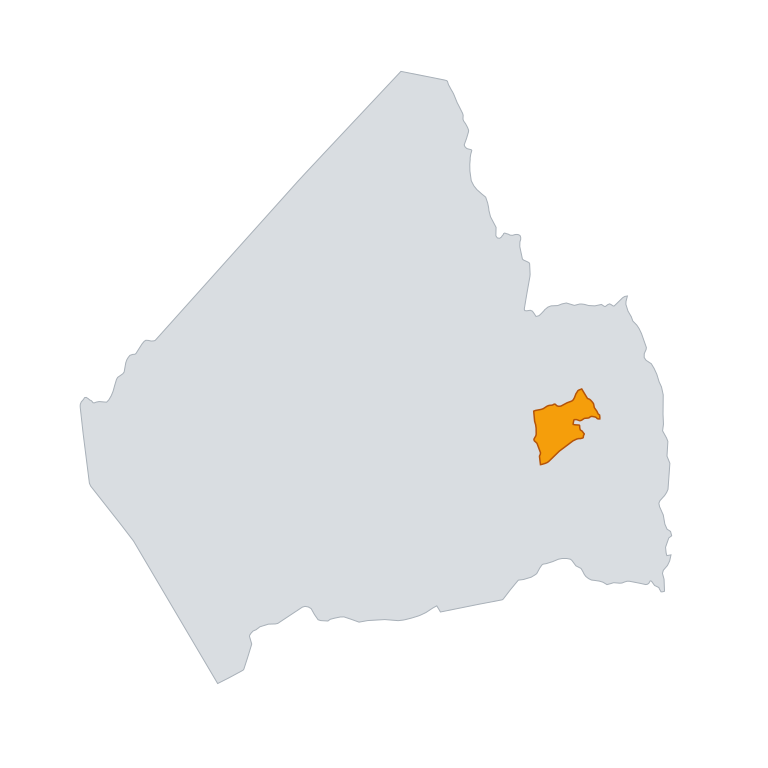 Laghouat on a map of Algeria (Albers equal-area conic projection), rotated 95°
{"feature_id": "DZA-2193", "entity_name": "Laghouat", "entity_type": "Province", "adm_level": 1, "iso_a3": "DZA", "parent_name": "Algeria", "parent_adm1": "", "projection": "albers", "projection_center": [2.543, 33.694], "detail": "fine", "context": "in_parent", "style": "filled", "palette": "amber", "viewbox_px": 768, "rotation_deg": 95, "n_neighbors": 0, "source": "natural_earth", "source_scale": "10m", "svg_char_len": 5518}
<svg xmlns="http://www.w3.org/2000/svg" viewBox="0 0 768 768"><g transform="rotate(95 384 384)"><path d="M566.0,86.5L566.7,88.2L566.9,89.9L564.4,91.6L562.8,92.5L561.1,96.9L557.5,100.0L556.9,100.9L557.0,101.7L559.6,102.9L560.5,104.1L561.0,105.7L560.2,111.8L559.1,122.4L559.3,124.7L560.4,127.4L561.5,129.5L561.9,131.9L561.9,137.9L563.3,141.3L564.4,144.4L562.4,148.5L561.6,152.1L561.3,157.1L561.2,160.3L560.0,163.3L558.2,166.1L556.2,167.9L553.6,169.5L550.6,171.6L548.4,177.0L543.3,181.5L542.3,183.1L541.9,186.6L542.3,191.4L543.4,195.1L546.3,200.6L548.8,206.7L549.6,209.8L550.6,211.0L553.8,212.8L559.5,215.3L560.6,216.4L563.6,220.5L566.6,228.0L567.7,233.1L578.0,240.2L587.9,246.5L588.7,247.5L595.2,270.5L597.6,278.6L606.2,307.9L603.5,309.8L600.4,312.1L603.0,316.0L608.0,322.3L611.0,327.4L612.1,329.6L614.7,336.0L616.9,342.3L617.5,344.3L618.5,349.2L618.6,362.7L621.1,379.7L623.4,388.1L621.3,396.0L619.5,403.5L619.9,407.2L621.6,412.9L623.1,417.1L625.0,419.2L625.2,426.4L624.6,429.1L619.7,433.2L614.1,437.0L612.7,440.0L612.4,443.3L613.4,445.9L631.8,469.0L632.5,471.4L633.3,478.2L636.7,486.5L640.0,490.1L641.4,492.8L643.6,494.6L645.9,495.9L647.2,496.0L654.6,493.1L667.8,495.9L680.4,498.8L681.4,499.5L689.6,511.9L696.9,523.6L562.3,619.8L547.2,633.6L511.4,667.2L508.6,668.8L459.6,679.4L434.1,684.5L432.9,684.7L431.4,684.8L430.4,684.7L428.2,684.0L425.5,682.0L423.7,681.1L423.3,679.5L424.3,677.5L425.6,675.7L426.0,674.3L426.9,673.2L428.0,672.3L428.1,671.1L427.1,669.0L426.3,666.2L426.3,661.1L426.3,658.8L423.9,656.8L419.5,654.7L415.4,653.4L413.6,653.0L409.1,652.2L402.8,650.9L400.6,649.9L396.6,645.1L394.7,643.9L385.4,643.1L382.3,642.3L379.8,641.1L377.6,639.6L376.4,636.9L376.1,634.8L375.3,633.8L365.1,628.5L362.5,626.7L361.2,625.1L361.1,622.7L361.5,619.7L361.1,617.1L360.6,615.8L189.2,487.2L180.3,480.3L160.3,464.6L71.1,394.4L75.9,350.3L76.3,348.1L76.9,347.2L80.1,345.9L85.1,342.6L87.0,341.2L89.4,339.7L97.6,335.5L99.4,334.3L107.5,329.3L109.3,328.6L113.4,328.4L115.2,327.5L117.7,325.4L121.2,323.1L123.5,322.0L124.1,321.8L125.4,321.8L132.3,323.2L135.2,324.0L138.6,324.9L139.7,324.6L140.7,323.9L142.2,322.1L142.6,320.0L142.9,318.1L143.2,317.2L143.8,316.9L145.3,317.2L147.3,317.6L151.4,317.9L152.9,317.7L157.6,317.7L164.3,317.0L173.9,314.8L178.7,311.8L182.2,308.5L186.0,303.4L189.0,299.0L194.7,296.5L199.4,295.1L202.0,294.6L208.1,292.5L218.2,286.0L226.4,285.5L227.4,284.9L228.6,283.8L228.8,281.6L227.6,280.0L226.0,279.1L224.8,278.2L223.7,277.9L223.1,276.9L223.6,275.0L223.9,273.2L224.7,271.5L224.7,269.0L223.7,266.4L223.4,264.6L223.6,262.8L224.3,261.4L226.0,260.6L227.9,260.4L230.6,261.0L235.3,260.7L247.5,257.0L248.4,255.7L249.4,252.8L250.4,250.2L251.6,249.4L252.3,249.3L262.0,248.0L264.1,248.0L281.9,249.6L297.2,250.8L298.6,250.2L298.7,248.3L297.8,244.7L298.5,242.5L300.7,240.6L303.5,238.4L302.4,235.5L300.3,233.6L297.3,231.2L295.8,230.2L293.1,227.4L291.6,224.3L290.7,217.7L288.8,213.9L287.4,209.4L289.1,201.2L287.3,196.1L287.1,193.9L287.2,191.4L288.0,187.0L287.8,180.8L285.8,174.3L287.0,172.2L287.5,171.1L287.4,170.1L285.4,168.0L284.5,166.2L285.1,164.7L286.3,162.5L286.2,161.5L282.9,158.6L277.3,153.8L275.8,151.8L275.1,149.2L280.6,150.1L283.5,150.0L290.1,147.3L295.5,143.5L299.6,141.6L303.3,137.3L306.6,134.7L311.3,131.9L324.8,125.8L326.8,125.9L331.1,127.4L335.0,127.1L337.6,124.9L340.5,119.5L344.9,116.3L350.5,113.1L357.9,110.1L362.8,107.3L370.5,104.9L389.8,103.4L399.7,102.1L406.4,102.4L413.2,97.8L416.5,96.2L431.2,95.8L438.1,92.3L464.2,91.9L467.4,93.0L470.6,94.7L476.1,98.9L478.8,99.8L482.2,98.8L490.1,94.4L499.1,92.0L503.9,89.4L505.9,85.7L510.1,84.2L512.6,86.9L522.1,89.3L527.8,88.2L530.3,87.3L529.2,83.2L535.3,84.0L540.1,85.8L545.2,89.5L548.4,90.1L554.1,88.0L566.0,86.5Z" fill="#d9dde1" stroke="#a8b0b8" stroke-width="1"/><path d="M398.0,232.5L397.2,230.9L395.6,225.2L394.7,223.2L392.0,219.8L391.4,218.7L391.0,217.8L390.8,217.0L390.5,215.0L390.3,214.4L390.1,214.0L389.5,213.2L389.2,212.6L389.2,212.1L389.2,211.7L389.4,211.4L390.5,210.1L390.8,209.3L391.0,208.2L390.8,206.7L390.5,205.7L386.7,199.9L384.8,195.8L384.3,195.1L383.8,194.6L383.4,194.2L382.4,193.7L381.1,193.1L376.9,191.9L375.7,191.2L374.2,190.5L373.7,190.2L373.2,189.6L371.7,186.6L380.2,180.4L380.7,179.9L381.0,179.0L381.1,178.4L381.6,177.4L382.3,176.5L383.8,174.9L384.8,174.0L385.5,173.5L389.0,172.5L389.6,172.1L392.5,169.6L395.1,168.1L395.5,167.6L395.7,167.2L396.0,166.8L396.2,166.5L396.7,166.4L398.8,166.0L400.0,166.0L400.1,167.7L400.0,168.1L399.8,168.7L399.0,169.5L398.6,170.3L398.4,171.3L398.2,173.2L398.2,174.4L398.5,175.3L398.8,175.8L399.4,176.3L399.8,176.8L400.0,177.3L400.2,178.1L400.7,181.0L400.9,181.5L401.3,182.1L402.3,183.3L402.7,183.8L403.1,184.5L403.4,185.3L403.5,185.8L403.4,186.4L402.9,188.1L402.7,188.9L402.7,189.3L402.9,191.2L403.2,191.6L403.6,191.8L404.3,191.8L406.6,192.1L407.5,192.1L407.8,191.9L407.9,191.1L408.0,190.1L407.9,186.5L407.9,186.1L408.0,185.8L408.2,185.6L408.5,185.5L411.0,185.1L412.2,184.6L412.6,184.4L412.9,184.1L413.2,183.3L413.4,182.9L413.7,182.5L415.8,180.6L416.2,180.2L416.6,180.2L416.9,180.3L417.6,180.6L417.9,180.7L418.3,180.8L419.6,180.8L420.2,181.0L420.5,181.4L421.2,183.3L421.5,185.7L421.8,186.5L422.1,187.3L424.1,190.7L435.5,203.4L446.4,212.8L447.3,213.7L448.0,214.6L449.0,216.4L450.4,220.0L450.7,221.1L442.6,222.8L441.6,222.7L440.9,222.3L440.6,222.2L439.2,222.1L438.5,222.2L438.4,222.3L429.8,226.4L429.2,227.1L428.1,228.5L427.6,229.2L426.9,229.6L426.1,229.8L425.3,229.6L423.0,228.5L422.3,228.2L420.7,228.0L414.7,228.6L411.3,229.4L408.0,230.7L398.0,232.5Z" fill="#f59e0b" stroke="#b45309" stroke-width="1.5"/></g></svg>